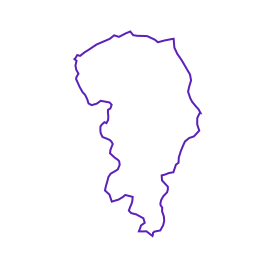 the district of Anafotida, Larnaca, Cyprus, rotated 15°
{"feature_id": "46923920B49620686054742", "entity_name": "Anafotida", "entity_type": "district", "adm_level": 2, "iso_a3": "CYP", "parent_name": "Cyprus", "parent_adm1": "Larnaca", "projection": "robinson", "projection_center": [33.461, 34.81], "detail": "fine", "context": "isolated", "style": "outline", "palette": "violet", "viewbox_px": 256, "rotation_deg": 15, "n_neighbors": 0, "source": "geoboundaries", "source_scale": "gbopen_adm2", "svg_char_len": 1772}
<svg xmlns="http://www.w3.org/2000/svg" viewBox="0 0 256 256"><g transform="rotate(15 128 128)"><path d="M194.3,94.9L191.2,91.6L188.2,89.7L183.3,86.2L180.4,83.1L176.6,77.3L176.4,72.1L176.6,65.7L174.0,60.2L169.4,55.7L163.1,49.4L161.2,47.7L156.4,43.6L152.0,38.4L149.0,30.0L147.2,30.8L141.0,33.8L134.7,37.4L130.9,35.7L122.7,34.3L118.6,35.2L113.5,36.5L109.0,37.0L105.2,34.2L101.3,37.2L95.7,42.3L90.6,42.1L87.4,46.5L84.0,49.2L80.3,52.1L76.0,55.5L69.8,62.6L66.4,66.2L63.1,70.7L60.1,70.7L58.9,74.9L58.5,75.3L60.9,76.4L61.1,81.4L63.0,85.2L66.1,88.4L65.0,92.3L65.2,94.2L67.6,97.1L70.7,100.9L74.8,105.1L78.1,107.2L81.2,110.8L83.5,114.5L87.0,115.3L91.5,112.6L94.6,108.8L103.6,108.1L106.2,109.8L105.9,113.7L104.0,115.6L104.6,118.3L106.0,121.9L106.7,125.4L105.9,128.9L103.7,128.5L101.7,131.7L101.0,133.8L102.0,137.7L103.0,140.1L105.7,143.3L109.6,143.7L113.5,144.3L115.6,145.5L117.4,147.4L116.7,153.7L117.2,157.1L122.9,160.1L126.3,161.3L128.0,162.3L129.5,165.7L128.9,170.5L127.3,172.4L123.1,176.6L121.8,180.2L121.8,186.3L121.7,189.7L121.9,194.3L127.3,197.1L131.4,203.3L137.4,199.6L140.7,196.2L142.7,193.4L150.3,193.3L151.0,196.7L151.1,200.1L150.5,203.8L150.2,207.6L153.1,209.4L158.3,209.3L164.4,210.8L166.2,211.2L168.7,215.2L165.8,218.8L165.7,220.9L165.4,224.1L165.3,225.0L169.7,223.9L172.5,223.0L179.6,226.0L179.7,224.9L179.3,222.7L180.4,221.2L185.7,218.6L187.1,212.9L187.0,208.3L185.5,204.1L182.4,199.5L181.7,196.1L179.5,194.2L178.8,192.5L178.7,189.0L179.7,184.9L182.4,180.0L182.4,177.1L181.7,174.4L180.4,173.6L174.4,169.8L172.8,165.1L176.1,163.2L179.0,161.0L183.3,159.0L183.8,151.0L185.8,148.5L184.7,143.4L185.0,136.6L185.8,130.5L186.5,126.3L189.6,121.9L193.9,119.0L197.5,112.1L193.9,106.6L192.3,100.4L193.4,95.1L194.3,94.9Z" fill="none" stroke="#5b21b6" stroke-width="2"/></g></svg>